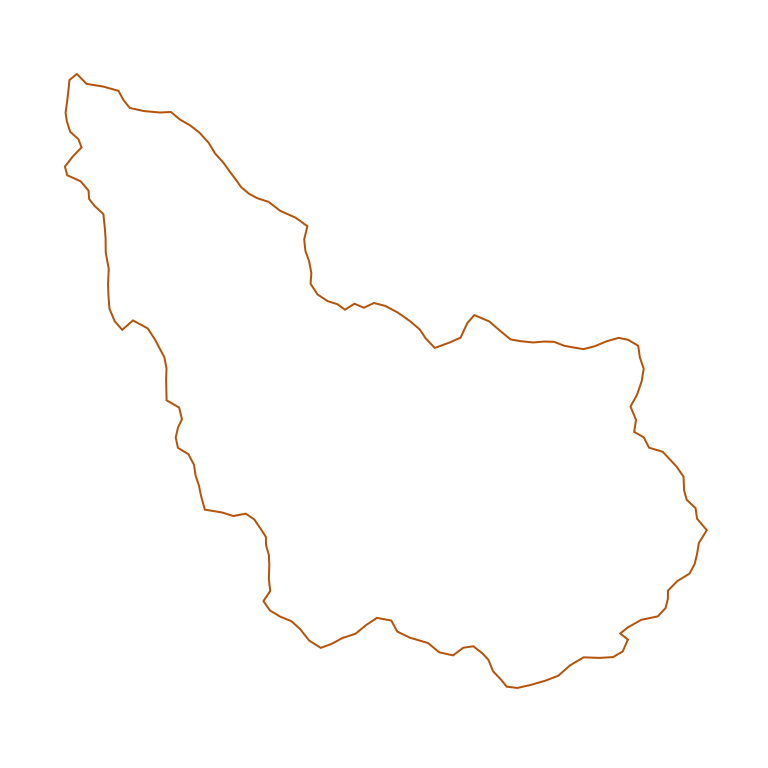 Minduri, Minas Gerais, Brazil (Robinson projection), rotated 272°
{"feature_id": "56859067B90662257408012", "entity_name": "Minduri", "entity_type": "district", "adm_level": 2, "iso_a3": "BRA", "parent_name": "Brazil", "parent_adm1": "Minas Gerais", "projection": "robinson", "projection_center": [-44.604, -21.675], "detail": "fine", "context": "isolated", "style": "outline", "palette": "amber", "viewbox_px": 768, "rotation_deg": 272, "n_neighbors": 0, "source": "geoboundaries", "source_scale": "gbopen_adm2", "svg_char_len": 2336}
<svg xmlns="http://www.w3.org/2000/svg" viewBox="0 0 768 768"><g transform="rotate(272 384 384)"><path d="M249.1,711.7L260.3,701.6L270.8,699.7L278.8,690.6L288.3,687.6L301.8,686.6L311.6,679.3L317.9,673.0L326.0,664.9L329.6,651.1L339.8,645.4L344.9,635.7L357.0,637.1L370.1,631.1L382.2,637.3L395.7,641.4L408.3,643.0L419.5,638.8L431.1,636.7L436.7,626.4L438.3,616.9L434.4,604.9L429.0,593.0L425.8,582.0L427.1,572.3L428.5,562.8L432.1,552.4L432.0,542.5L430.7,531.6L431.6,518.6L433.0,508.9L440.7,498.8L450.2,487.0L456.0,471.8L447.7,465.1L433.0,458.9L427.9,448.5L421.8,433.5L431.1,424.0L439.7,417.9L447.7,407.8L455.8,395.4L462.1,382.5L464.6,371.1L459.5,361.2L463.2,351.7L456.9,342.4L462.1,334.7L464.9,324.7L471.2,314.4L481.6,307.1L492.4,307.5L504.0,304.9L514.3,300.8L525.7,299.2L539.0,301.9L547.1,289.9L553.4,274.3L562.0,262.3L565.2,251.0L569.4,242.5L575.7,234.4L582.7,229.1L589.9,223.2L599.3,216.0L608.4,207.2L618.8,200.4L628.6,191.0L635.8,181.1L641.2,170.8L648.4,161.5L647.5,150.5L648.4,134.5L651.0,120.3L658.7,113.7L667.7,108.4L671.4,93.4L673.6,76.2L683.1,66.2L676.8,59.0L667.9,58.5L655.6,57.5L643.9,56.3L635.4,57.9L625.1,61.6L617.9,70.1L609.9,73.5L600.7,65.2L590.1,57.5L581.5,60.2L576.0,73.7L566.9,82.0L558.5,82.9L551.7,88.7L544.1,97.6L530.6,99.5L519.4,100.7L505.8,101.3L489.3,104.9L473.9,104.7L461.2,105.7L449.7,107.0L437.4,112.6L429.0,120.5L438.8,130.9L431.3,145.9L420.4,153.6L411.3,158.8L403.2,163.5L392.0,166.1L380.5,166.1L370.5,166.7L360.1,167.3L353.3,180.1L341.7,183.3L333.5,179.7L323.2,177.7L313.0,180.3L307.0,191.0L296.7,196.9L286.0,198.9L276.0,202.6L266.0,205.0L252.2,209.3L249.9,226.9L246.8,238.0L249.6,250.4L244.1,259.1L235.2,265.6L227.1,271.3L218.9,271.7L209.1,274.9L198.7,275.7L185.3,275.7L173.2,277.5L162.8,271.1L153.7,277.9L147.9,288.3L143.7,299.8L135.8,309.1L125.0,318.1L118.1,330.0L122.4,340.7L128.7,351.3L133.4,364.2L142.5,374.6L150.0,385.1L147.9,399.5L137.1,405.8L131.3,418.9L126.7,437.0L117.8,448.5L115.2,462.5L123.2,472.4L125.0,482.4L118.3,491.7L112.0,498.0L100.7,503.0L92.6,511.3L85.8,517.2L84.9,527.9L88.2,540.5L93.1,555.5L98.6,568.5L109.2,579.6L117.8,593.0L117.8,609.2L119.1,622.5L125.0,631.9L137.1,636.7L142.9,628.8L149.2,636.1L157.3,649.3L161.3,665.7L169.9,673.2L179.0,675.2L187.4,675.0L197.4,684.1L205.1,695.9L214.9,700.7L224.9,702.8L236.1,704.2L249.1,711.7Z" fill="none" stroke="#b45309" stroke-width="2"/></g></svg>